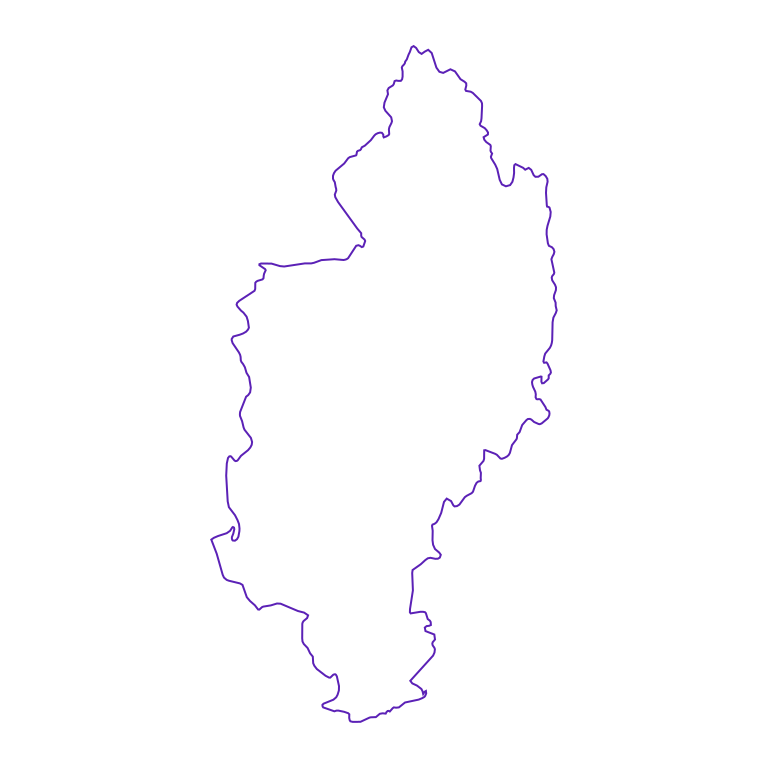 map outline of Kachin (Robinson projection)
{"feature_id": "MMR-3296", "entity_name": "Kachin", "entity_type": "State", "adm_level": 1, "iso_a3": "MMR", "parent_name": "Myanmar", "parent_adm1": "", "projection": "robinson", "projection_center": [97.371, 26.091], "detail": "fine", "context": "isolated", "style": "outline", "palette": "violet", "viewbox_px": 768, "rotation_deg": 0, "n_neighbors": 0, "source": "natural_earth", "source_scale": "10m", "svg_char_len": 6086}
<svg xmlns="http://www.w3.org/2000/svg" viewBox="0 0 768 768"><path d="M383.8,137.4L386.4,136.4L388.6,135.1L389.2,134.0L388.9,129.3L389.4,127.1L391.4,123.1L392.0,121.2L391.2,117.3L385.4,110.8L383.8,107.3L384.5,102.6L388.0,94.2L387.4,90.4L388.7,88.0L392.9,85.4L393.8,84.0L394.6,81.1L396.2,80.5L398.4,80.9L400.8,80.9L402.1,79.3L402.6,76.6L402.6,71.4L401.8,67.6L402.3,66.3L404.2,64.3L404.9,63.1L405.2,61.6L406.8,59.4L408.6,54.5L409.8,52.1L411.5,47.3L413.6,46.1L416.1,47.9L418.8,52.1L421.6,53.9L424.8,51.6L428.2,49.8L431.7,53.0L436.4,67.6L439.4,71.8L443.2,72.9L450.4,69.3L455.0,71.4L460.5,79.2L464.5,81.7L466.2,83.3L466.3,85.6L465.3,89.5L466.0,90.9L470.7,91.7L472.8,92.9L481.0,101.0L482.0,103.3L482.1,105.9L481.5,118.3L481.1,121.2L479.7,124.2L480.5,125.7L484.7,128.1L486.6,130.2L488.0,132.5L487.9,134.5L483.6,137.2L484.3,139.7L486.3,142.1L490.3,144.9L490.8,146.2L490.5,150.7L491.0,152.0L492.1,153.5L490.9,156.8L491.2,158.1L495.2,164.6L497.2,169.0L499.7,179.8L501.9,184.4L505.9,186.3L510.1,185.1L512.4,181.8L513.5,177.5L514.1,173.0L514.0,167.8L514.3,165.2L515.5,164.1L523.1,167.8L525.2,169.7L528.7,167.9L531.2,169.8L533.7,175.2L535.4,176.8L538.4,176.7L542.0,174.2L543.5,174.1L545.7,176.1L547.3,178.8L547.6,181.7L546.3,187.3L546.0,192.9L546.8,205.2L547.1,206.6L548.7,207.0L549.5,207.6L550.7,212.0L550.3,216.5L547.5,225.8L546.7,229.8L546.6,234.3L547.9,243.3L548.9,245.8L551.9,247.2L553.6,249.1L554.4,251.8L553.7,254.3L552.4,256.6L551.4,259.2L554.3,272.6L553.9,274.0L552.2,276.1L551.7,277.6L552.2,280.3L555.0,284.7L556.0,287.3L555.9,290.1L554.1,295.2L553.8,298.1L555.6,302.6L555.7,306.1L556.7,310.3L555.8,313.0L553.4,317.6L552.6,322.2L552.2,340.2L551.8,342.9L551.1,345.4L549.9,347.8L545.2,353.6L544.3,356.5L543.4,361.5L544.1,362.8L546.5,362.4L547.5,363.6L550.5,370.3L550.9,372.5L550.3,373.8L548.7,375.4L548.7,378.3L548.0,379.4L543.8,383.1L542.1,383.3L541.4,381.7L541.5,376.7L540.8,376.5L534.1,378.5L532.6,380.0L532.0,382.1L532.3,384.5L533.0,386.8L535.3,391.7L535.8,394.3L535.6,397.3L536.5,399.1L537.6,399.3L539.0,399.1L540.5,399.5L545.4,407.0L546.5,409.7L548.6,410.8L549.2,411.6L549.5,413.4L549.3,415.2L548.6,416.9L547.8,418.3L541.7,423.4L539.8,424.2L538.6,424.0L534.1,422.0L531.4,419.6L529.9,418.9L527.9,419.0L526.5,420.0L522.2,425.0L519.6,432.1L517.2,434.7L516.9,438.1L516.5,439.2L512.0,445.1L509.9,452.9L508.7,455.0L507.0,456.5L504.6,457.8L501.9,458.8L500.4,458.5L496.9,454.8L495.1,453.8L485.4,450.1L484.2,450.3L484.1,458.8L483.5,460.9L479.4,465.7L480.0,470.3L480.9,472.8L480.7,478.1L480.9,480.0L480.5,481.1L478.3,481.5L476.6,482.8L475.0,485.8L473.0,491.7L471.6,493.2L466.7,495.8L464.8,497.2L459.4,504.6L457.0,506.1L454.5,506.4L453.3,505.3L451.1,501.1L446.7,498.6L444.0,501.9L441.2,512.9L438.5,519.1L436.5,522.3L434.6,523.8L432.5,524.6L432.0,525.8L432.7,530.8L432.5,540.2L433.1,544.8L435.0,549.0L439.3,552.7L440.8,554.8L439.8,557.6L437.9,558.7L435.3,558.8L430.4,557.8L427.8,558.3L425.3,560.1L420.7,564.3L412.6,570.0L412.2,573.0L412.9,590.4L410.0,609.1L409.9,612.3L410.7,613.4L420.3,611.8L423.1,611.8L425.0,612.2L425.9,613.2L427.7,619.0L429.9,620.7L430.7,622.1L430.9,625.0L429.1,625.8L426.6,626.1L424.8,627.6L425.5,631.1L434.3,634.5L435.0,639.5L432.7,642.2L432.3,643.7L432.7,645.4L434.4,647.8L434.9,649.2L434.5,652.5L433.1,655.6L410.3,680.8L412.3,683.4L417.0,685.6L421.4,689.0L422.6,691.4L423.2,694.0L424.7,691.7L425.9,691.0L426.2,693.4L425.2,695.9L424.4,696.9L422.3,698.1L418.7,699.6L405.0,702.5L398.9,707.4L396.1,707.7L393.8,707.4L392.7,708.2L389.8,711.5L388.7,710.9L387.6,711.0L386.4,712.2L385.7,713.6L382.6,713.3L379.8,713.8L375.9,717.1L370.8,717.3L369.5,717.6L360.5,721.8L352.8,721.9L350.4,721.3L349.7,720.2L349.2,717.9L349.3,714.3L348.2,713.2L344.1,711.8L338.4,710.6L336.5,710.6L334.4,711.3L323.2,707.4L322.6,706.4L322.4,704.9L323.5,703.7L333.4,699.7L336.2,697.3L337.6,694.7L338.9,690.4L339.0,686.1L336.9,676.5L336.1,675.0L335.4,674.3L334.4,674.3L333.2,674.8L330.3,677.6L329.1,677.6L325.6,675.8L316.8,669.0L314.3,665.7L313.2,663.2L312.8,656.6L310.1,653.3L307.6,648.0L303.8,644.0L302.5,641.5L302.2,638.4L302.3,623.8L302.7,622.4L303.6,621.0L307.1,618.1L308.1,615.3L304.1,612.6L297.9,611.0L280.6,603.7L277.0,603.5L270.8,605.4L263.3,606.6L262.1,607.1L259.3,609.6L258.1,609.5L254.9,605.3L250.0,601.0L246.8,597.2L242.5,584.9L239.9,583.4L228.8,580.7L226.7,579.9L224.0,577.6L222.7,574.8L216.7,553.7L211.3,539.6L213.9,537.8L218.1,536.0L226.7,533.2L230.1,530.8L232.3,527.4L232.9,527.0L234.0,527.6L234.3,529.2L233.3,533.6L231.9,537.1L231.9,538.6L232.2,539.8L232.8,540.5L234.9,540.7L237.0,539.2L238.4,536.7L239.4,531.1L239.5,528.5L239.0,524.0L237.5,520.1L235.0,515.2L228.9,507.2L227.7,501.4L226.2,475.6L226.8,463.5L228.0,458.0L229.3,456.4L230.3,456.2L231.1,456.5L234.6,460.6L235.6,461.1L236.8,460.9L237.7,460.3L241.0,455.8L248.0,450.2L250.3,447.5L251.7,444.8L252.1,442.0L250.9,437.9L244.5,429.7L243.6,427.5L242.1,421.2L240.0,415.9L239.9,414.2L240.1,412.0L246.1,396.7L248.2,395.1L250.1,392.4L250.8,387.6L249.1,377.0L246.5,372.8L244.9,367.3L243.1,364.1L241.4,361.9L240.8,360.4L240.6,356.9L240.1,354.8L238.9,352.4L232.6,343.1L231.7,340.2L231.7,339.0L233.3,336.5L239.8,334.7L243.0,333.5L246.1,331.7L248.0,329.6L248.9,327.7L247.9,320.9L246.6,316.7L243.4,312.6L241.0,310.6L237.5,306.6L236.6,304.7L237.1,302.9L239.3,300.8L254.5,290.8L255.2,289.0L255.3,282.8L256.1,281.8L257.5,280.9L262.5,279.4L263.5,278.2L263.7,275.7L264.1,273.7L265.7,270.2L265.1,269.1L259.4,265.2L259.4,264.2L261.1,263.5L271.5,263.6L280.0,266.1L284.2,266.5L304.8,263.4L311.2,263.4L314.0,262.8L321.4,260.1L334.5,259.2L343.5,260.0L345.1,259.7L346.6,259.2L348.1,258.2L356.2,245.8L358.4,245.2L359.9,245.8L361.8,247.1L363.3,246.5L365.2,241.0L364.5,239.5L361.6,237.0L361.2,235.7L361.2,233.2L357.3,228.6L338.1,202.1L335.3,197.2L334.8,194.6L336.3,190.5L336.1,188.5L335.7,187.3L334.8,182.2L333.5,180.0L333.0,178.7L333.0,175.8L334.0,173.1L335.6,170.7L344.2,163.5L348.2,158.2L349.8,157.1L356.0,155.4L356.4,154.9L357.0,151.7L357.8,150.9L360.2,150.1L360.9,149.3L361.8,147.3L364.8,145.7L370.8,140.2L374.2,135.7L375.6,134.3L377.7,133.2L380.0,132.6L381.9,132.8L383.3,134.6L383.3,136.4L383.8,137.4Z" fill="none" stroke="#5b21b6" stroke-width="2"/></svg>